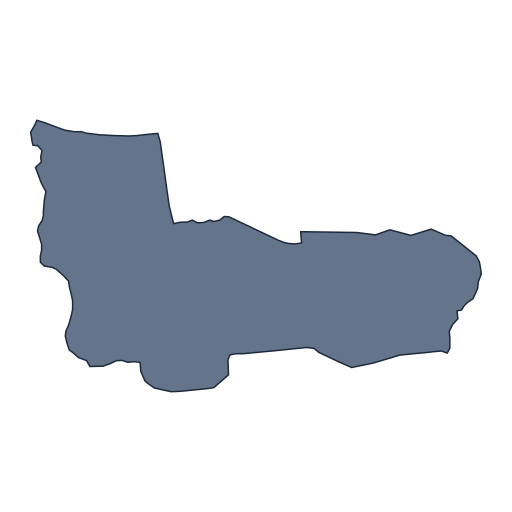 outline of Cruz, Ceará, Brazil
{"feature_id": "56859067B90634068804727", "entity_name": "Cruz", "entity_type": "district", "adm_level": 2, "iso_a3": "BRA", "parent_name": "Brazil", "parent_adm1": "Ceará", "projection": "natural_earth1", "projection_center": [-40.336, -2.885], "detail": "fine", "context": "isolated", "style": "filled", "palette": "slate", "viewbox_px": 512, "rotation_deg": 0, "n_neighbors": 0, "source": "geoboundaries", "source_scale": "gbopen_adm2", "svg_char_len": 1856}
<svg xmlns="http://www.w3.org/2000/svg" viewBox="0 0 512 512"><path d="M157.8,133.4L149.2,134.2L136.5,135.6L129.2,136.0L115.0,135.6L108.5,135.3L104.2,135.0L99.6,134.8L86.2,133.1L81.0,131.6L74.9,131.8L65.6,130.3L60.6,128.7L44.8,122.7L36.9,120.3L34.3,125.9L30.7,132.1L31.9,140.5L33.0,145.2L37.7,145.7L42.0,150.5L40.7,157.0L41.3,162.0L35.5,167.4L41.3,183.0L45.9,191.6L44.3,200.0L43.9,205.5L43.4,211.0L43.4,215.8L42.0,220.8L38.7,225.7L37.5,231.0L39.8,238.2L41.6,244.3L41.6,250.1L40.3,256.4L40.4,262.3L44.3,266.1L52.0,267.3L56.1,269.2L59.5,272.1L63.6,275.8L68.5,281.0L69.6,287.9L71.3,294.6L72.6,300.9L72.6,309.5L71.3,315.6L69.7,321.4L68.3,325.9L65.9,331.1L65.3,336.1L66.9,342.6L69.2,349.9L73.1,352.8L78.7,357.7L86.5,360.5L89.9,366.5L103.0,366.2L111.0,363.3L116.3,360.7L122.1,360.4L127.7,362.3L134.0,361.7L140.1,362.3L140.8,371.4L144.9,380.9L148.3,383.8L154.4,388.0L171.1,391.7L180.4,391.3L205.6,388.8L213.7,387.7L228.5,374.9L228.0,359.7L230.0,354.9L235.7,353.7L243.2,353.7L264.3,351.7L272.2,351.0L282.9,349.9L291.6,349.0L301.7,348.0L306.4,347.5L314.0,348.3L318.6,352.3L338.0,361.5L346.9,365.4L351.7,367.5L373.0,363.1L391.3,357.7L399.3,355.2L405.8,354.5L414.0,353.7L426.9,352.5L432.6,351.8L441.4,351.0L447.2,353.1L449.8,348.3L449.9,339.1L449.3,331.3L452.5,324.7L457.9,318.7L457.0,310.9L461.5,310.0L464.5,305.3L467.7,302.3L472.9,298.8L475.5,293.3L477.6,288.6L478.3,281.8L481.3,274.0L480.4,267.3L479.3,261.6L476.1,255.8L451.2,235.9L445.2,235.2L437.1,231.7L431.2,229.1L410.9,235.4L389.8,229.8L375.5,234.9L356.9,232.5L300.7,231.7L301.0,236.7L301.6,243.0L294.4,244.0L289.2,243.5L284.8,242.7L278.6,240.4L228.9,216.8L224.2,216.5L219.6,220.2L213.8,221.5L209.7,220.1L203.8,222.5L197.4,222.8L192.2,220.1L187.6,222.0L179.8,222.3L173.6,223.6L169.3,206.3L166.8,189.2L163.2,162.7L162.1,155.7L160.3,142.0L157.8,133.4Z" fill="#64748b" stroke="#1e293b" stroke-width="1.5"/></svg>